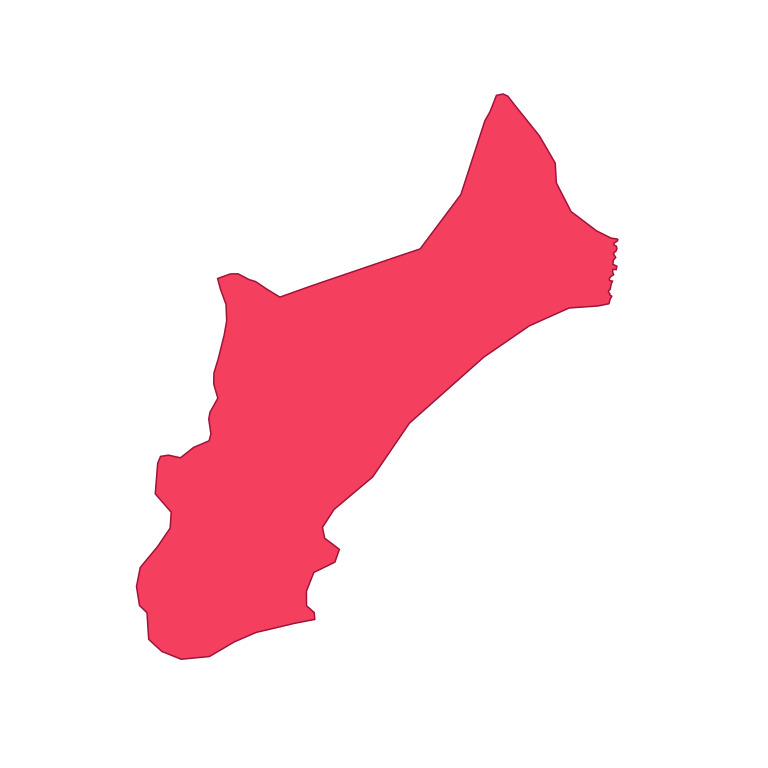 Mvila, Sud, Cameroon, rotated 280°
{"feature_id": "32672807B58704883317804", "entity_name": "Mvila", "entity_type": "district", "adm_level": 2, "iso_a3": "CMR", "parent_name": "Cameroon", "parent_adm1": "Sud", "projection": "natural_earth1", "projection_center": [11.499, 2.757], "detail": "fine", "context": "isolated", "style": "filled", "palette": "rose", "viewbox_px": 768, "rotation_deg": 280, "n_neighbors": 0, "source": "geoboundaries", "source_scale": "gbopen_adm2", "svg_char_len": 1582}
<svg xmlns="http://www.w3.org/2000/svg" viewBox="0 0 768 768"><g transform="rotate(280 384 384)"><path d="M265.3,175.0L236.1,177.8L220.8,196.7L204.9,198.4L184.5,189.2L167.5,179.5L160.9,175.8L141.6,175.4L123.4,181.7L119.7,187.1L117.6,190.3L107.7,192.7L91.7,196.6L87.0,203.8L82.0,211.7L77.7,232.0L85.3,259.4L104.0,281.3L117.1,301.1L132.4,336.6L140.2,356.7L146.8,355.0L152.2,346.2L166.4,343.6L186.2,347.6L200.1,366.6L213.4,368.8L221.8,352.4L232.1,348.3L251.8,356.6L290.5,389.0L349.8,415.8L427.9,477.7L466.6,517.1L491.0,553.1L498.0,581.2L502.1,591.6L507.0,592.0L510.0,593.1L510.9,590.9L512.2,590.7L513.4,589.2L514.6,589.0L516.5,590.3L521.7,590.4L525.0,591.1L525.0,588.7L525.8,587.7L527.5,587.8L529.7,589.1L531.4,591.2L534.4,589.6L536.7,589.6L536.9,592.8L537.8,592.8L540.4,592.9L541.7,588.6L545.7,588.3L548.9,590.2L551.9,587.5L553.2,587.6L555.2,589.4L557.6,589.9L560.0,589.0L561.0,586.1L562.8,586.3L565.5,589.1L566.9,589.2L567.3,588.6L567.1,582.3L571.7,566.8L586.3,538.3L612.0,518.8L631.2,514.3L647.4,500.7L655.4,493.9L678.4,467.7L680.3,465.5L689.0,455.9L690.3,450.9L687.8,444.6L670.5,441.1L660.7,437.6L584.0,426.8L523.3,396.1L512.2,375.7L468.8,296.8L451.5,266.4L456.7,253.0L462.6,239.7L463.4,233.1L467.2,221.1L465.7,213.5L459.0,201.8L451.1,205.5L449.1,206.4L434.9,214.6L420.2,217.8L418.7,218.1L404.5,218.1L384.3,216.7L379.2,216.3L365.5,214.6L363.5,214.9L354.4,216.3L341.2,222.8L328.5,218.4L326.1,217.5L319.0,217.5L306.3,221.7L304.8,222.2L297.7,221.6L288.6,207.6L276.0,196.4L276.5,184.1L273.9,176.5L266.8,174.9L265.3,175.0Z" fill="#f43f5e" stroke="#9f1239" stroke-width="1.5"/></g></svg>